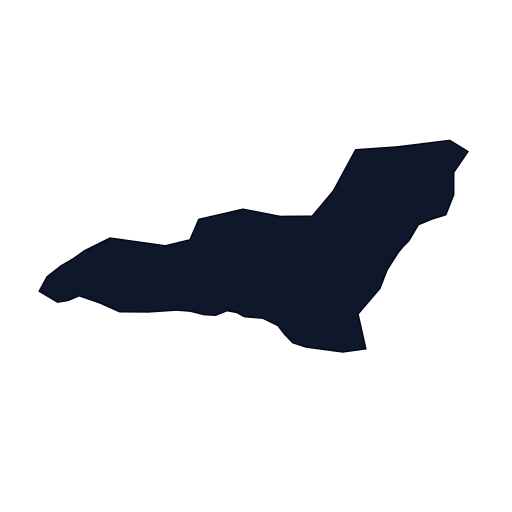 outline of Luuka, rotated 266°
{"feature_id": "UGA-5592", "entity_name": "Luuka", "entity_type": "District", "adm_level": 1, "iso_a3": "UGA", "parent_name": "Uganda", "parent_adm1": "", "projection": "natural_earth1", "projection_center": [33.351, 0.802], "detail": "fine", "context": "isolated", "style": "filled", "palette": "ink", "viewbox_px": 512, "rotation_deg": 266, "n_neighbors": 0, "source": "natural_earth", "source_scale": "10m", "svg_char_len": 750}
<svg xmlns="http://www.w3.org/2000/svg" viewBox="0 0 512 512"><g transform="rotate(266 256 256)"><path d="M155.8,359.1L154.2,335.8L161.7,299.6L166.9,286.7L175.6,279.3L185.1,273.0L193.5,258.4L196.3,240.2L201.1,232.7L203.5,223.3L199.7,211.5L201.2,199.9L205.5,186.9L207.6,173.1L207.7,144.4L209.9,116.1L220.3,96.5L228.7,76.7L224.8,65.5L223.8,54.8L236.0,37.3L249.9,46.2L259.8,60.9L266.0,73.5L273.3,85.5L284.1,111.6L272.5,166.0L276.7,191.2L296.5,201.5L303.6,246.2L293.8,282.8L291.8,314.8L315.5,337.7L355.0,362.8L355.0,404.0L357.8,457.3L345.4,474.7L325.7,459.1L303.3,457.5L283.9,448.2L280.6,434.1L275.9,420.1L260.7,409.7L255.4,403.6L249.6,398.1L233.0,385.8L215.0,377.3L191.0,353.7L155.8,359.1Z" fill="#0f172a" stroke="#020617" stroke-width="1.5"/></g></svg>